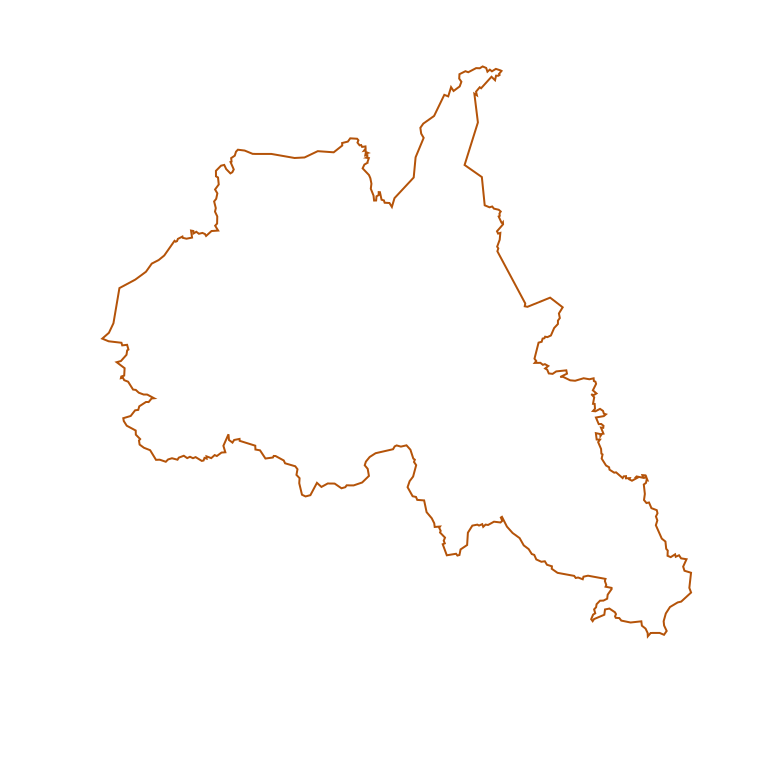 Tecolotlán, Jalisco, Mexico (Mercator projection), rotated 170°
{"feature_id": "50627088B33659977018142", "entity_name": "Tecolotlán", "entity_type": "district", "adm_level": 2, "iso_a3": "MEX", "parent_name": "Mexico", "parent_adm1": "Jalisco", "projection": "mercator", "projection_center": [-104.055, 20.276], "detail": "fine", "context": "isolated", "style": "outline", "palette": "amber", "viewbox_px": 768, "rotation_deg": 170, "n_neighbors": 0, "source": "geoboundaries", "source_scale": "gbopen_adm2", "svg_char_len": 6158}
<svg xmlns="http://www.w3.org/2000/svg" viewBox="0 0 768 768"><g transform="rotate(170 384 384)"><path d="M141.1,114.7L132.7,117.9L129.1,118.1L117.8,125.3L118.7,130.2L114.4,144.8L120.5,147.9L121.1,152.2L116.5,158.9L121.7,160.7L123.2,164.1L126.7,163.2L126.9,165.7L131.7,163.7L134.6,165.6L133.5,170.7L134.7,172.7L134.2,180.0L137.3,183.5L140.8,197.7L138.5,202.2L139.2,206.3L137.1,209.2L137.3,212.4L142.2,215.3L143.6,221.3L146.2,221.2L148.1,224.6L146.2,230.4L145.6,239.9L143.2,241.1L142.1,243.8L141.2,243.4L141.7,245.9L143.3,246.6L141.9,247.6L142.3,248.6L145.4,249.4L145.0,246.6L151.3,249.1L152.4,248.3L151.2,247.5L156.6,245.7L159.0,247.5L158.2,248.6L162.1,249.1L161.7,251.2L164.0,251.4L165.3,249.9L170.8,256.7L172.7,256.7L176.8,260.5L176.8,262.9L179.5,265.2L182.6,272.8L181.0,276.7L182.0,277.7L181.5,282.3L183.2,289.6L181.0,291.7L184.2,292.4L183.9,298.8L179.6,297.1L179.9,295.1L178.1,297.0L176.5,297.0L177.9,303.4L175.7,302.8L175.1,304.7L177.0,306.9L179.5,307.2L181.1,314.2L173.1,314.2L170.7,315.6L172.6,316.6L173.0,319.5L175.6,322.0L180.5,320.4L182.9,321.1L180.5,323.0L180.0,327.8L181.6,328.2L179.3,334.4L181.6,338.0L179.7,336.6L176.4,337.8L179.4,341.5L175.1,347.3L175.4,349.6L176.8,350.5L176.6,353.2L180.9,353.0L186.4,355.0L195.2,354.0L200.0,355.3L206.5,360.0L209.2,360.3L202.0,362.4L202.1,365.8L212.2,366.5L216.2,364.7L219.9,365.8L220.8,369.8L222.6,371.3L219.1,373.2L222.1,375.6L224.2,375.3L226.3,377.7L231.9,378.6L230.1,380.2L231.4,382.8L224.6,397.9L221.4,398.2L219.9,401.2L218.1,401.2L217.1,402.6L214.9,401.8L211.2,402.8L206.7,409.6L202.3,412.9L201.7,416.2L199.4,418.4L199.5,423.1L194.7,428.5L205.4,440.2L229.3,435.1L231.9,436.1L230.9,438.8L249.3,495.0L247.9,497.7L248.7,499.6L245.0,506.0L243.2,512.6L245.5,512.3L246.2,514.8L239.0,520.6L238.8,522.6L239.7,521.8L240.3,522.6L242.0,529.1L240.8,529.5L240.7,531.8L239.1,533.6L240.8,535.7L245.3,537.6L246.6,540.0L249.4,539.7L253.8,542.5L251.7,570.8L266.6,585.7L246.1,625.3L244.6,654.2L242.4,652.2L242.6,655.9L238.2,659.6L237.0,658.4L224.8,667.9L221.9,663.9L220.1,668.2L217.8,667.7L216.5,668.3L216.9,669.4L213.9,671.9L214.6,672.5L219.1,674.9L223.4,673.2L225.2,675.2L227.9,673.6L228.5,677.5L231.7,679.6L234.9,678.3L238.4,679.1L246.9,676.4L249.5,677.9L255.9,676.0L256.9,671.7L255.3,668.2L257.8,663.9L264.6,660.5L266.4,664.7L270.8,656.1L274.4,658.3L288.1,639.3L300.1,633.6L303.7,630.0L303.9,624.1L302.2,619.5L313.5,601.8L318.9,582.2L341.4,565.2L345.5,557.0L347.2,561.3L351.9,562.4L352.2,564.8L354.4,565.9L354.7,573.6L355.9,573.9L356.4,571.0L358.8,570.1L359.9,566.1L361.9,566.4L361.6,571.4L363.1,578.6L361.6,583.4L361.7,589.0L362.5,592.4L367.6,600.1L365.2,603.5L361.0,605.0L361.9,605.1L359.7,609.1L362.1,609.9L361.0,610.2L360.7,612.2L362.8,612.3L362.1,614.1L359.7,614.4L361.7,615.7L361.5,617.3L363.2,617.2L361.2,619.1L361.0,621.2L364.4,621.3L365.0,623.3L366.6,623.3L368.2,626.3L366.9,628.5L367.9,630.2L374.6,631.8L377.5,629.0L383.4,628.6L383.7,626.1L393.3,620.9L408.8,624.8L422.9,620.9L432.8,622.1L454.9,630.1L473.3,633.4L480.7,638.1L487.2,640.1L489.4,638.5L491.3,634.8L495.3,633.0L495.5,629.5L496.6,629.3L494.7,621.4L496.6,618.9L498.7,618.1L502.1,623.1L503.3,627.5L506.6,627.3L512.5,623.1L513.4,617.7L511.6,616.2L512.1,609.2L516.6,604.9L515.0,600.7L517.1,595.5L519.6,593.3L519.1,586.4L520.5,583.1L519.1,578.0L520.5,571.0L522.8,569.2L520.7,563.9L527.3,564.6L533.5,560.7L534.3,562.8L536.6,564.3L540.2,564.1L542.4,566.5L545.3,565.4L545.2,567.8L547.4,568.6L547.6,561.5L553.3,561.4L556.8,562.9L556.9,564.2L561.8,562.7L563.0,560.7L564.4,560.3L565.4,561.4L578.1,548.7L584.4,545.2L591.8,542.9L598.9,535.9L610.8,530.0L627.9,524.4L639.9,490.8L646.0,482.2L653.6,477.6L647.8,473.9L635.4,470.2L635.1,467.5L630.2,467.2L629.7,462.3L631.1,461.7L632.5,457.5L639.1,452.3L643.5,451.9L636.7,444.6L638.4,437.4L641.4,437.0L642.1,435.4L640.0,435.5L639.2,432.9L635.6,430.7L632.1,422.1L629.5,421.3L627.0,418.0L622.6,415.4L619.0,414.7L612.9,409.9L615.4,410.1L618.9,407.1L621.6,407.6L628.9,404.5L630.5,401.2L633.7,401.3L639.0,396.5L646.7,395.6L646.7,392.7L644.6,387.6L636.6,381.3L637.2,377.2L633.7,372.1L635.1,370.9L635.2,366.8L631.5,362.9L625.8,359.4L621.7,348.9L618.0,348.4L612.4,345.3L609.7,347.2L605.7,347.7L600.5,345.3L598.9,347.1L593.6,348.1L590.7,345.2L587.7,346.0L585.0,344.1L582.2,344.7L576.8,339.9L575.0,340.0L573.6,342.4L571.6,341.3L571.4,343.6L567.0,341.0L563.1,343.4L561.1,342.1L555.9,344.7L552.1,344.3L552.9,351.0L545.9,361.5L546.4,355.8L543.4,352.6L541.3,354.9L535.8,355.0L536.0,353.1L521.5,345.6L522.0,341.8L517.6,340.2L513.7,331.2L506.2,330.9L505.1,332.3L503.3,331.9L496.0,326.1L495.2,323.1L485.7,318.4L484.0,315.1L486.0,309.7L483.5,305.9L484.7,301.0L484.0,289.2L480.8,286.9L475.8,287.3L467.2,298.3L463.5,293.5L456.7,295.8L449.9,294.5L444.0,288.7L440.0,289.1L438.4,290.7L431.6,289.4L422.6,290.8L414.8,296.1L414.8,303.3L417.1,307.3L415.3,310.7L410.8,314.6L404.3,317.3L386.4,318.2L384.3,320.7L382.2,321.3L378.2,319.4L372.5,319.7L369.4,314.7L368.1,305.5L366.8,304.1L368.0,302.0L366.4,298.5L371.4,287.8L375.6,283.9L378.7,278.3L375.3,268.5L372.1,267.2L371.4,264.1L364.7,262.4L364.3,250.4L360.3,243.5L358.7,238.1L358.9,234.4L353.6,233.9L354.6,232.8L353.7,229.5L354.6,228.0L350.6,222.1L352.4,219.3L351.8,216.5L354.0,216.0L351.9,204.4L342.5,204.3L341.5,202.3L339.4,202.5L337.3,207.8L330.1,211.0L327.2,223.0L321.6,229.2L316.5,229.3L315.0,228.1L311.6,228.9L311.1,226.1L308.4,227.9L306.0,227.1L299.6,229.3L293.3,227.4L291.3,228.7L292.1,232.2L290.9,232.7L287.7,222.2L283.2,214.9L277.2,208.7L274.4,200.8L270.2,196.3L268.0,190.9L265.7,189.6L264.5,184.8L259.9,181.6L256.4,181.5L254.9,177.7L250.3,175.3L250.9,172.9L245.9,167.9L230.0,162.0L228.9,159.7L226.4,159.7L222.2,157.2L221.0,159.6L216.4,159.8L199.7,153.6L200.7,151.6L200.0,147.5L201.0,145.9L195.3,143.7L195.4,142.6L200.3,137.7L201.5,133.8L205.5,132.6L208.9,133.1L212.9,130.2L213.9,127.3L216.2,125.6L215.8,121.5L218.1,120.6L220.8,116.4L219.7,114.2L218.0,116.0L207.1,118.5L205.5,123.6L201.0,123.7L196.2,119.1L195.5,117.1L196.8,115.1L196.4,113.5L192.9,112.6L191.4,109.8L182.6,106.3L171.8,105.6L172.0,101.2L168.9,97.7L167.6,93.0L168.0,89.7L164.6,92.5L155.8,91.0L151.8,88.4L148.5,91.7L150.1,97.5L149.8,101.8L146.3,109.1L141.1,114.7Z" fill="none" stroke="#b45309" stroke-width="2"/></g></svg>